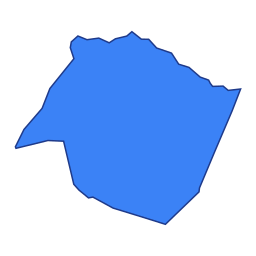 Saluda, South Carolina, United States of America (Natural Earth projection)
{"feature_id": "52423323B78035589313404", "entity_name": "Saluda", "entity_type": "district", "adm_level": 2, "iso_a3": "USA", "parent_name": "United States of America", "parent_adm1": "South Carolina", "projection": "natural_earth1", "projection_center": [-81.736, 34.001], "detail": "fine", "context": "isolated", "style": "filled", "palette": "blue", "viewbox_px": 256, "rotation_deg": 0, "n_neighbors": 0, "source": "geoboundaries", "source_scale": "gbopen_adm2", "svg_char_len": 605}
<svg xmlns="http://www.w3.org/2000/svg" viewBox="0 0 256 256"><path d="M73.9,58.7L49.9,88.5L42.1,108.4L24.0,129.4L15.4,146.8L16.0,148.3L47.9,140.5L63.6,141.2L73.8,184.3L79.0,190.1L88.5,197.9L92.9,197.1L113.1,208.1L136.3,215.2L165.4,224.3L193.7,197.0L199.0,191.9L199.5,187.9L214.3,152.6L232.1,110.9L240.6,89.0L228.2,90.4L223.1,86.1L212.6,86.4L210.3,83.4L208.6,80.1L200.2,77.1L189.0,67.4L178.7,64.2L171.5,53.1L156.6,48.0L148.7,39.3L141.4,39.2L131.9,31.7L126.7,36.1L115.4,38.8L109.2,42.8L98.8,38.1L87.0,39.7L77.9,36.0L71.3,41.9L70.3,47.7L73.9,58.7Z" fill="#3b82f6" stroke="#1e3a8a" stroke-width="1.5"/></svg>